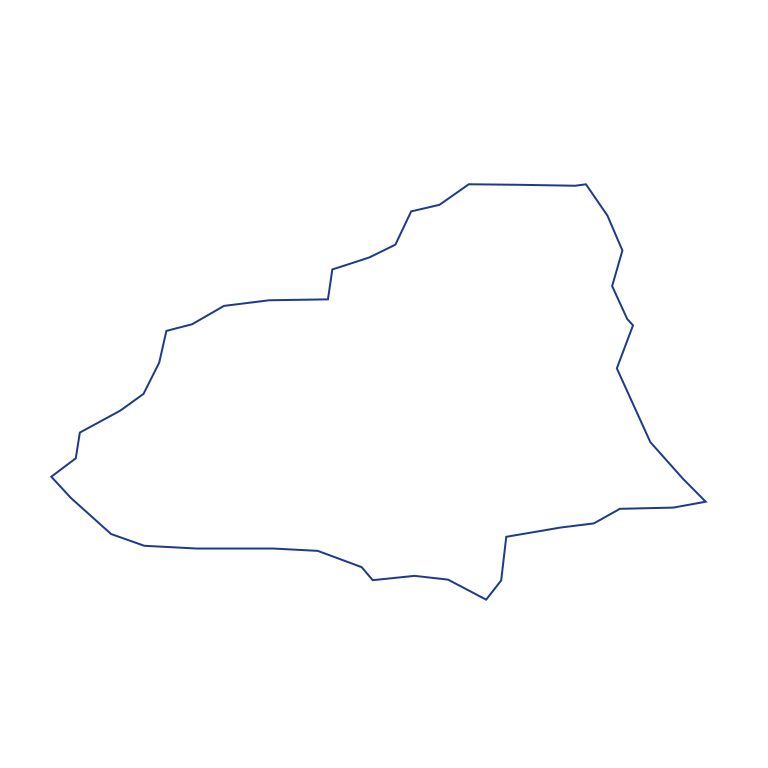 Ängelholm, Skåne, Sweden, rotated 183°
{"feature_id": "70781695B30639939072107", "entity_name": "Ängelholm", "entity_type": "district", "adm_level": 2, "iso_a3": "SWE", "parent_name": "Sweden", "parent_adm1": "Skåne", "projection": "natural_earth1", "projection_center": [12.99, 56.279], "detail": "fine", "context": "isolated", "style": "outline", "palette": "blue", "viewbox_px": 768, "rotation_deg": 183, "n_neighbors": 0, "source": "geoboundaries", "source_scale": "gbopen_adm2", "svg_char_len": 751}
<svg xmlns="http://www.w3.org/2000/svg" viewBox="0 0 768 768"><g transform="rotate(183 384 384)"><path d="M192.8,594.0L203.3,592.0L259.4,590.0L309.8,587.9L337.9,565.9L365.9,557.8L379.9,523.8L405.1,509.7L426.6,501.4L441.6,495.7L444.4,465.6L503.2,461.6L548.0,453.6L578.8,433.6L595.4,428.4L604.1,425.6L609.6,393.6L623.6,361.6L646.0,343.6L685.2,319.6L687.9,293.7L711.4,274.0L690.7,253.8L648.7,219.9L615.0,209.9L561.9,209.9L486.3,213.9L441.5,213.9L396.7,199.9L385.0,187.5L343.5,194.0L309.9,192.0L270.7,174.0L256.7,194.0L253.9,237.8L200.7,249.8L167.1,255.8L141.9,271.7L88.7,275.7L56.6,283.3L80.5,305.0L115.0,339.9L152.3,411.8L138.4,455.6L144.5,461.6L161.3,493.7L152.9,529.8L169.7,563.9L192.8,594.0Z" fill="none" stroke="#1e3a8a" stroke-width="2"/></g></svg>